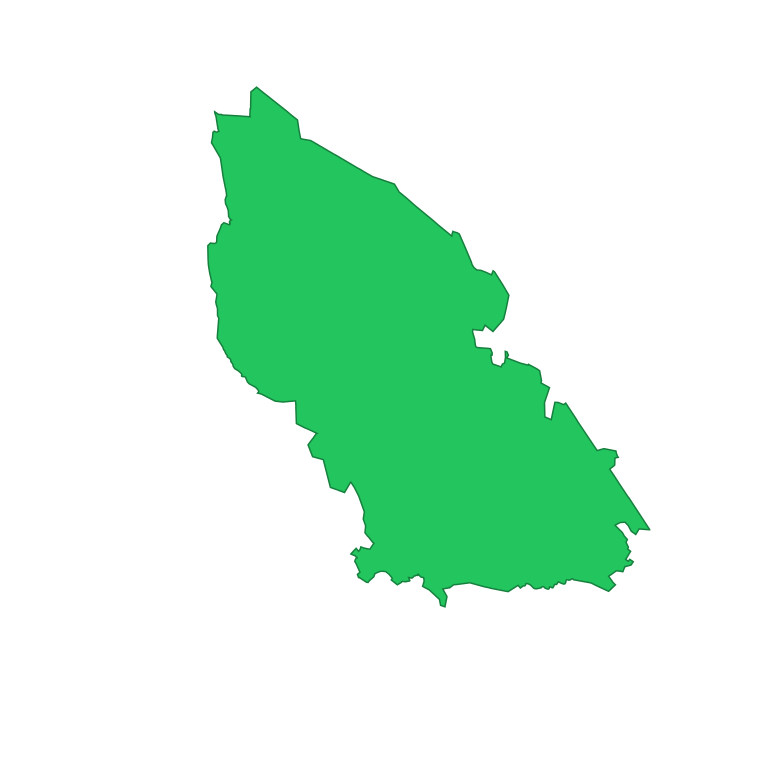 Lēdmanes pag., Lielvardes, Latvia, rotated 221°
{"feature_id": "27541924B44390413631037", "entity_name": "Lēdmanes pag.", "entity_type": "district", "adm_level": 2, "iso_a3": "LVA", "parent_name": "Latvia", "parent_adm1": "Lielvardes", "projection": "robinson", "projection_center": [24.989, 56.772], "detail": "fine", "context": "isolated", "style": "filled", "palette": "green", "viewbox_px": 768, "rotation_deg": 221, "n_neighbors": 0, "source": "geoboundaries", "source_scale": "gbopen_adm2", "svg_char_len": 6052}
<svg xmlns="http://www.w3.org/2000/svg" viewBox="0 0 768 768"><g transform="rotate(221 384 384)"><path d="M275.2,496.1L278.7,495.7L287.9,493.6L287.6,492.8L288.5,492.3L294.6,489.3L308.5,484.2L309.0,487.4L312.3,488.9L313.9,488.2L309.7,483.7L306.8,478.9L307.7,476.7L307.7,476.4L307.2,475.1L306.8,473.8L315.0,470.4L317.1,471.4L320.9,474.5L322.2,476.1L321.4,476.7L322.5,478.3L326.8,480.5L328.9,479.1L336.8,473.2L337.2,473.0L337.3,472.9L338.5,472.3L339.6,472.7L340.6,473.3L345.1,477.4L348.1,479.3L351.3,481.4L351.5,481.6L352.7,483.5L349.9,485.3L344.8,489.0L346.3,494.7L336.2,495.1L336.2,510.9L336.3,511.6L339.8,518.3L342.3,522.9L348.0,532.9L359.2,536.7L373.6,541.0L374.2,541.1L375.9,541.0L374.5,536.9L380.6,535.1L385.5,533.3L388.9,530.9L392.8,530.9L396.0,532.0L398.2,533.4L413.1,540.7L425.6,546.6L428.2,546.1L431.0,544.7L432.1,544.5L431.3,542.4L429.9,540.1L446.7,539.6L454.8,539.6L477.3,539.0L489.6,539.1L498.9,538.8L499.6,539.2L507.3,541.7L528.7,533.0L538.1,531.1L542.1,530.5L546.5,529.5L570.1,525.2L572.5,524.6L596.1,520.2L599.1,519.6L605.9,515.5L607.9,514.5L614.3,519.5L622.5,526.5L632.3,526.1L636.3,526.1L666.4,524.7L674.9,524.4L675.5,520.7L676.1,517.2L665.2,504.1L665.5,503.8L661.1,498.3L660.4,497.9L666.8,493.0L667.1,492.9L679.5,483.3L682.2,481.1L683.4,480.8L685.3,479.3L686.0,478.9L690.4,478.4L689.6,477.6L688.0,476.7L686.3,475.7L676.8,467.7L675.5,466.9L674.5,466.5L675.5,464.3L676.1,463.9L677.3,463.7L678.0,463.4L677.8,463.0L678.3,461.9L675.2,457.6L672.5,452.9L669.6,452.0L655.9,447.3L653.2,445.1L641.3,434.8L628.9,425.3L627.5,424.0L626.0,422.5L626.2,422.3L624.8,418.9L621.7,416.0L619.0,414.9L615.4,412.8L612.1,409.5L611.3,408.5L608.3,407.5L606.7,407.7L607.3,405.9L607.3,405.6L607.3,405.4L606.7,405.1L606.4,404.8L606.3,404.5L606.2,404.5L606.3,404.3L605.9,404.1L605.8,403.9L605.1,403.8L605.0,403.4L605.1,402.9L605.5,402.5L606.0,402.2L606.4,402.1L606.9,402.1L609.8,401.0L610.7,400.5L610.8,400.2L610.8,398.9L611.1,397.5L609.6,393.9L607.2,386.2L606.9,385.7L605.4,383.8L605.4,383.7L605.0,383.4L603.4,381.1L603.3,380.5L603.4,380.2L604.2,378.7L607.5,376.5L607.7,372.8L598.4,362.5L594.6,358.6L588.6,353.6L581.8,348.6L580.9,348.2L580.7,348.2L578.6,344.0L569.0,342.3L567.2,339.5L564.7,335.4L564.0,335.0L562.6,333.8L561.6,333.3L559.1,331.6L554.5,326.4L551.9,325.3L541.2,310.8L539.8,309.1L529.6,306.0L528.6,305.3L527.4,304.6L526.5,304.7L523.5,303.2L521.8,302.8L521.0,302.7L520.4,301.9L520.0,301.7L517.2,302.0L516.4,302.0L515.3,301.5L514.4,300.5L511.8,299.9L510.8,299.6L509.6,298.5L506.9,297.7L506.5,297.7L502.5,298.4L498.4,298.3L497.5,297.8L497.0,296.9L496.6,296.5L495.7,296.7L494.6,297.7L493.3,298.2L492.5,298.0L488.5,296.0L485.9,295.7L478.7,297.3L478.1,297.2L476.3,297.1L474.8,296.8L473.9,296.3L473.5,295.9L473.4,295.6L473.4,294.2L470.2,295.9L455.0,299.6L448.2,304.3L447.8,304.8L440.0,312.9L439.6,313.2L439.3,313.2L439.5,313.1L436.0,309.6L435.8,309.3L435.4,308.8L424.3,296.8L424.0,296.7L415.6,298.8L412.0,300.0L402.5,302.7L402.3,302.7L402.6,302.4L401.9,296.0L401.9,295.9L401.9,295.0L401.4,288.2L390.2,282.3L380.2,287.1L356.6,270.8L351.5,272.8L342.6,276.2L344.8,288.0L344.7,288.2L338.6,286.5L329.5,282.8L314.9,274.6L311.1,268.5L304.8,264.9L300.8,259.3L296.5,258.4L296.3,258.4L296.0,258.5L289.2,257.2L287.1,257.1L287.1,256.4L286.3,250.2L286.9,249.6L291.8,246.9L294.6,245.9L293.5,243.4L293.4,241.1L297.2,241.7L297.4,238.7L297.5,234.0L296.6,234.2L294.0,235.1L292.9,235.4L290.6,235.3L290.4,235.4L290.2,235.1L290.7,234.7L290.8,234.2L290.3,232.3L289.7,231.0L286.2,229.7L278.6,226.1L279.2,222.9L276.5,221.4L276.5,221.6L267.1,222.9L265.8,223.8L266.0,225.7L265.2,231.9L266.4,234.6L265.5,237.2L264.3,239.3L263.6,240.5L262.5,241.5L259.7,243.5L258.9,243.6L255.2,243.7L250.5,242.9L250.3,242.8L250.2,242.6L250.0,240.9L242.2,241.2L240.7,245.8L240.9,246.1L240.9,246.5L240.6,247.1L237.8,249.0L237.2,250.0L235.4,252.2L235.5,252.5L236.8,253.3L238.5,254.1L238.0,254.5L236.2,255.4L236.2,255.5L235.5,255.9L235.6,256.3L235.4,256.9L235.2,257.8L235.3,258.9L234.6,259.6L234.3,260.7L233.0,261.6L233.0,262.1L233.6,262.4L233.5,262.7L233.2,262.9L231.0,262.6L229.5,262.5L228.5,263.0L227.1,263.9L224.5,261.7L222.2,256.9L222.1,256.6L214.8,258.3L200.8,257.8L196.1,254.1L191.8,255.8L197.0,264.9L205.2,267.9L200.9,273.2L201.0,273.3L200.7,273.4L199.7,278.3L198.2,279.7L188.8,290.3L175.0,296.9L171.3,299.0L171.2,299.1L170.1,299.7L169.9,299.6L154.1,308.7L150.7,320.0L147.2,319.5L146.5,322.9L145.3,324.0L145.3,325.0L145.9,326.6L145.5,326.8L144.8,327.4L144.5,327.6L142.3,328.3L140.7,328.4L137.4,328.1L136.6,328.2L136.1,328.3L135.8,328.5L135.5,328.8L134.2,329.8L133.0,331.6L132.6,332.0L131.7,333.2L131.7,333.7L131.9,334.1L131.8,334.3L131.5,334.8L131.2,335.3L130.7,335.6L130.3,335.7L129.9,335.7L129.2,335.6L128.2,335.7L126.3,336.4L125.5,336.9L125.2,337.4L125.2,337.9L125.6,339.2L125.8,339.6L125.8,339.8L125.7,339.9L123.5,340.5L123.1,340.7L122.9,341.0L123.0,342.0L123.2,342.9L123.6,343.6L123.7,344.6L123.5,344.9L122.3,345.9L122.3,346.9L122.7,348.7L122.5,349.1L119.5,349.9L117.3,350.8L116.4,351.7L116.5,353.1L117.6,355.0L117.8,355.8L117.0,356.7L116.7,356.9L115.9,357.1L115.6,357.4L115.0,358.2L114.6,359.2L114.6,359.6L114.6,360.1L113.9,360.6L112.4,360.7L97.4,369.6L88.8,371.9L78.5,374.9L78.2,377.1L78.1,379.2L77.6,384.3L80.7,384.4L83.8,385.2L88.4,386.3L87.6,388.9L86.6,393.4L86.0,395.6L82.0,398.2L80.6,399.0L80.6,399.3L81.2,400.7L82.4,404.3L82.1,404.4L78.8,409.5L79.3,413.4L83.5,412.9L83.3,410.4L86.5,410.2L86.9,412.7L88.1,419.5L91.9,419.4L92.5,421.2L97.5,423.3L98.3,426.3L102.9,426.9L106.7,428.3L116.5,428.9L116.9,429.2L114.9,434.4L111.4,437.8L106.8,437.4L100.9,435.1L95.3,435.6L96.4,442.0L95.4,442.7L91.3,445.7L87.9,448.3L88.0,448.4L124.3,458.7L125.8,458.9L141.4,463.2L148.6,465.3L157.8,467.8L156.9,472.6L156.7,473.9L156.8,474.3L161.1,479.6L160.4,480.7L159.1,482.3L160.4,482.7L162.2,483.6L163.9,484.7L165.0,485.6L175.4,479.6L176.1,478.7L179.5,473.6L213.1,482.7L215.4,483.5L220.3,484.9L222.9,485.6L234.3,488.8L234.9,486.3L240.5,484.3L243.0,482.3L234.4,466.8L241.0,464.7L245.5,469.6L250.7,475.3L256.7,489.8L266.2,487.8L267.3,489.8L275.2,496.1Z" fill="#22c55e" stroke="#15803d" stroke-width="1.5"/></g></svg>